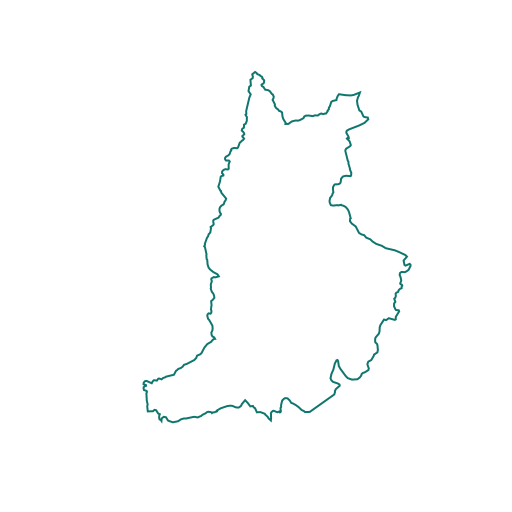 San Felipe Tepatlán, Puebla, Mexico (Mercator projection), rotated 332°
{"feature_id": "50627088B44475495738204", "entity_name": "San Felipe Tepatlán", "entity_type": "district", "adm_level": 2, "iso_a3": "MEX", "parent_name": "Mexico", "parent_adm1": "Puebla", "projection": "mercator", "projection_center": [-97.789, 20.119], "detail": "fine", "context": "isolated", "style": "outline", "palette": "teal", "viewbox_px": 512, "rotation_deg": 332, "n_neighbors": 0, "source": "geoboundaries", "source_scale": "gbopen_adm2", "svg_char_len": 6129}
<svg xmlns="http://www.w3.org/2000/svg" viewBox="0 0 512 512"><g transform="rotate(332 256 256)"><path d="M143.4,374.0L144.3,373.8L146.2,374.6L147.3,374.5L148.1,374.9L148.8,374.8L149.0,374.1L153.3,373.9L160.1,375.0L163.1,376.1L164.8,377.3L167.2,380.2L169.1,381.5L170.1,381.7L172.4,381.3L174.0,380.1L178.7,378.2L179.7,381.8L180.4,386.1L182.9,387.0L182.9,388.6L183.7,389.9L183.4,394.4L186.6,395.9L189.7,399.4L189.7,400.3L190.8,403.4L190.9,405.3L191.9,408.2L193.3,406.1L195.3,401.9L196.2,401.2L198.2,400.7L198.9,400.9L201.2,403.6L201.8,404.1L203.6,404.2L203.7,405.3L204.2,405.4L205.0,404.9L206.2,401.8L207.3,401.1L208.3,399.2L211.3,395.9L213.6,395.2L215.1,395.2L217.0,396.5L217.9,399.2L218.2,402.3L219.5,403.7L221.2,406.4L222.8,409.7L224.0,413.5L225.4,415.2L226.0,416.8L230.2,418.9L260.1,415.0L261.9,413.2L262.3,412.2L264.1,411.0L268.9,409.9L269.3,409.3L269.3,408.5L268.5,407.1L264.9,403.3L264.2,401.1L264.4,398.9L267.4,395.4L270.8,392.8L275.0,388.1L278.1,385.9L279.1,386.1L279.1,387.5L277.5,391.9L277.5,395.0L278.8,403.8L279.6,406.8L282.7,410.2L287.6,412.4L290.6,412.0L292.7,411.0L293.9,409.8L295.6,409.4L297.2,409.8L301.6,409.5L302.8,408.3L303.4,404.3L304.0,403.3L305.6,402.0L308.9,402.0L313.0,399.5L313.9,398.5L317.9,398.1L319.5,396.2L321.3,391.9L321.6,390.7L320.8,388.1L322.1,385.4L323.3,384.1L328.1,382.2L329.8,380.4L331.7,377.1L333.3,375.5L339.2,372.2L340.8,373.7L344.1,373.3L348.6,377.6L349.7,377.5L350.8,375.4L356.4,372.1L356.5,370.9L354.3,369.5L354.1,368.5L354.3,365.1L355.6,362.8L357.5,361.9L358.0,358.6L359.5,358.2L360.7,356.9L361.6,354.8L362.7,354.3L364.7,354.4L366.0,353.1L367.9,352.6L369.4,352.8L370.3,351.4L371.2,350.9L371.3,349.8L370.4,348.8L370.4,348.0L372.7,345.9L373.6,343.1L374.0,340.0L375.3,338.6L377.0,338.4L379.9,340.2L381.5,340.2L384.1,339.9L387.7,337.4L388.3,336.3L388.0,335.1L383.5,334.7L382.9,333.5L384.2,329.3L389.0,327.4L388.4,325.4L384.2,319.7L381.2,316.1L374.2,310.0L371.9,306.1L367.8,301.7L365.6,297.7L364.8,295.0L361.9,291.5L361.3,288.4L359.3,286.5L357.8,284.0L357.9,276.7L355.8,272.4L355.3,269.3L356.7,267.2L357.3,267.2L358.8,260.7L358.9,258.0L358.2,254.9L357.0,252.9L355.2,251.2L355.1,250.7L352.5,250.0L351.5,249.2L347.8,247.7L346.0,246.3L346.1,243.8L346.7,242.0L348.7,239.5L351.9,238.1L352.7,237.0L354.2,236.1L355.2,233.3L356.4,231.3L358.4,230.0L359.3,229.8L362.1,231.2L363.8,231.4L364.8,231.1L365.8,230.1L367.4,227.7L370.1,226.6L373.1,227.4L377.0,229.9L377.8,229.5L379.2,227.3L379.5,223.9L379.9,223.1L381.1,217.5L381.8,216.4L381.8,214.8L384.2,205.2L384.6,204.5L385.9,203.6L390.7,203.2L391.8,202.6L392.5,198.7L391.4,195.0L392.1,194.8L392.7,195.8L393.3,195.6L393.7,194.0L393.6,189.6L394.4,188.4L395.1,188.0L397.7,187.9L408.4,189.2L414.3,189.4L419.3,188.0L419.7,186.3L416.9,184.1L416.4,183.1L416.7,177.9L415.6,176.0L416.7,169.9L418.1,166.3L420.6,163.7L422.0,162.8L424.5,160.4L418.1,159.7L415.2,158.8L410.5,156.0L405.2,152.1L403.1,153.2L401.2,154.8L400.2,156.1L396.5,155.1L394.8,155.3L391.4,158.6L390.0,159.2L389.2,160.7L388.3,160.9L387.5,161.2L387.2,161.9L384.6,163.1L383.4,162.5L381.9,162.3L380.5,160.8L378.7,160.6L376.7,161.0L373.8,159.4L371.9,159.2L368.3,156.6L365.9,155.5L364.0,155.5L363.2,156.3L362.2,156.6L358.6,156.6L356.9,156.3L354.4,154.9L350.8,154.0L346.6,154.6L344.0,153.2L344.7,152.4L344.4,148.1L344.8,145.5L346.4,141.5L345.6,139.7L344.6,138.9L344.2,136.7L343.3,135.0L343.1,132.9L343.2,131.9L343.9,131.0L344.0,125.9L345.6,124.8L346.5,123.6L346.6,121.1L346.1,120.5L345.6,117.0L344.5,115.2L342.2,113.5L341.9,110.1L341.0,108.8L341.0,108.2L341.3,107.3L343.8,107.1L344.8,106.2L345.7,104.7L344.9,102.2L345.3,101.9L345.4,100.5L344.4,99.1L344.2,98.0L342.5,95.9L342.5,94.9L341.6,93.1L338.0,93.8L337.3,96.5L336.5,97.4L333.8,97.8L331.5,103.1L329.5,103.4L326.8,106.9L327.2,110.8L324.5,113.0L315.3,123.5L314.2,126.0L313.0,126.4L313.2,129.0L311.3,132.4L308.9,134.4L307.1,134.4L305.6,137.0L303.5,137.3L302.5,138.3L302.3,138.6L303.0,140.5L303.1,142.1L302.8,143.0L300.2,143.7L300.0,144.2L300.6,146.7L299.3,147.5L298.3,147.5L294.8,148.4L291.0,151.8L289.9,152.0L287.4,150.3L285.1,149.9L284.0,150.3L283.6,151.3L282.6,151.6L280.6,153.6L278.7,154.2L276.1,154.2L274.6,155.0L274.1,156.3L274.4,157.7L276.9,159.0L277.2,160.2L274.8,162.3L272.9,166.1L271.7,166.4L269.8,165.0L268.6,164.8L266.8,165.0L265.7,165.6L264.9,166.8L265.4,168.8L265.0,169.6L262.9,169.2L262.0,169.5L259.3,173.2L255.3,177.1L255.2,181.6L255.6,182.1L255.1,183.9L256.6,191.3L255.5,192.4L253.6,193.4L251.7,195.2L249.1,195.3L247.1,196.1L245.9,197.2L245.0,198.9L244.6,200.6L244.8,202.4L244.1,203.2L242.4,203.6L241.1,204.5L235.6,204.2L234.8,204.8L234.2,205.9L233.7,207.9L232.8,208.6L229.5,209.1L229.3,210.4L226.9,213.5L225.8,214.2L224.5,214.5L222.9,216.1L221.3,216.9L216.6,221.2L216.2,222.2L214.8,223.1L215.1,224.2L213.1,231.3L212.4,232.2L211.0,235.5L211.1,236.6L209.3,240.7L208.7,244.0L209.2,246.6L210.8,250.2L213.4,254.1L213.6,256.5L210.1,255.8L208.9,254.8L206.1,254.9L205.5,255.7L205.2,257.5L202.8,259.8L201.3,263.0L200.7,263.5L200.2,266.9L200.6,269.0L200.4,271.2L199.6,273.4L197.2,274.4L195.2,274.8L193.7,278.5L191.1,282.0L191.0,283.3L189.9,285.1L188.8,285.6L187.2,284.4L185.9,284.8L185.0,285.7L184.2,288.8L184.6,290.5L184.8,297.1L183.6,299.8L182.6,301.2L180.6,302.7L179.8,304.7L179.7,306.4L180.9,308.3L180.9,309.9L179.9,309.4L177.3,310.1L176.4,310.7L171.6,310.9L167.5,312.6L162.2,316.2L160.5,316.6L157.2,316.3L155.3,318.0L152.6,318.9L144.4,318.8L141.3,318.3L139.2,319.3L137.0,319.6L134.3,319.2L132.8,319.7L131.5,319.8L127.8,322.3L119.9,320.3L119.2,320.5L116.5,320.1L114.8,320.6L112.8,318.6L111.9,318.5L110.0,319.5L107.7,317.8L106.1,318.1L104.2,319.4L100.7,314.9L99.3,314.4L97.4,315.1L96.5,316.5L98.2,318.2L98.0,319.0L96.7,318.8L95.2,319.1L94.5,320.3L94.2,321.8L96.0,323.7L96.0,324.7L94.7,325.9L91.6,332.6L90.7,336.1L89.4,337.6L87.5,342.4L92.2,344.7L94.1,344.2L95.4,345.2L95.7,349.2L96.8,350.5L95.4,351.8L94.5,353.5L94.1,354.9L95.0,356.3L95.1,357.2L96.5,355.1L99.1,354.7L100.8,356.1L101.1,360.1L104.5,363.8L109.6,365.3L113.1,365.0L116.1,365.6L117.8,366.6L125.2,368.7L126.6,369.4L128.6,371.1L132.5,371.5L134.2,371.1L137.8,371.2L139.2,370.9L140.7,371.1L142.8,372.6L143.4,373.6L143.4,374.0Z" fill="none" stroke="#0f766e" stroke-width="2"/></g></svg>